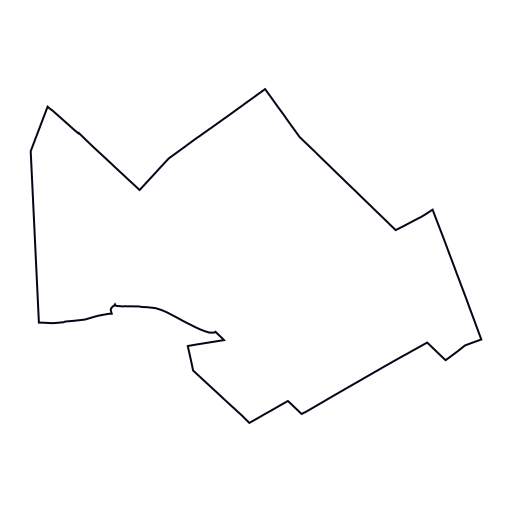 Comuna 10, Ciudad de Buenos Aires, Argentina
{"feature_id": "61730980B55355191537575", "entity_name": "Comuna 10", "entity_type": "district", "adm_level": 2, "iso_a3": "ARG", "parent_name": "Argentina", "parent_adm1": "Ciudad de Buenos Aires", "projection": "mercator", "projection_center": [-58.505, -34.627], "detail": "fine", "context": "isolated", "style": "outline", "palette": "ink", "viewbox_px": 512, "rotation_deg": 0, "n_neighbors": 0, "source": "geoboundaries", "source_scale": "gbopen_adm2", "svg_char_len": 3805}
<svg xmlns="http://www.w3.org/2000/svg" viewBox="0 0 512 512"><path d="M47.6,106.7L30.9,150.7L30.8,151.0L30.7,151.2L38.9,322.6L39.3,322.6L39.6,322.6L41.8,322.7L43.2,322.7L43.5,322.7L44.8,322.8L46.5,322.9L47.1,322.9L48.8,323.0L50.2,323.1L51.6,323.2L52.9,323.1L55.4,323.0L57.3,322.8L58.9,322.7L61.5,322.4L63.8,322.2L65.0,321.6L74.9,320.7L84.6,319.6L85.1,319.5L92.3,317.4L94.1,316.8L99.3,315.5L108.7,313.8L109.1,313.8L111.7,313.7L110.9,310.8L110.7,309.9L111.2,308.3L112.9,306.3L113.9,306.0L114.3,305.5L115.0,304.4L115.5,305.5L116.3,305.8L117.6,306.0L118.7,306.1L118.9,306.1L119.2,306.1L121.1,306.3L121.8,306.3L122.3,306.4L123.7,306.4L125.1,306.2L125.8,306.2L126.4,306.3L127.9,306.3L136.7,306.4L138.6,306.4L142.2,307.0L147.2,307.2L151.5,307.7L155.3,308.1L161.2,309.9L162.4,310.4L166.6,312.2L166.8,312.3L172.0,315.0L172.7,315.4L174.7,316.4L177.7,318.0L180.5,319.5L180.8,319.7L181.7,320.2L186.6,322.8L191.7,325.3L191.8,325.4L194.2,326.6L195.1,327.1L196.3,327.6L200.4,329.5L204.6,331.1L209.2,332.6L213.4,332.6L214.4,332.6L215.5,331.8L219.1,335.3L220.6,336.7L223.6,339.6L224.0,340.1L196.5,344.5L187.8,346.0L188.0,347.1L189.3,352.8L191.3,361.9L193.0,370.0L193.2,370.6L197.6,374.7L206.4,382.8L214.4,390.2L215.3,391.0L224.1,399.2L233.0,407.4L234.0,408.2L237.7,411.7L241.6,415.2L245.3,418.9L249.3,422.9L257.0,418.6L264.6,414.2L272.3,409.9L280.1,405.4L287.9,401.0L291.4,404.2L293.3,406.1L300.9,413.3L301.7,414.0L303.3,413.1L304.2,412.6L304.5,412.5L305.1,412.3L313.9,407.2L323.9,401.4L329.1,398.3L334.8,395.0L336.9,393.8L337.8,393.3L339.0,392.6L339.6,392.2L344.2,389.6L344.8,389.2L351.0,385.7L356.0,382.8L357.8,381.8L364.0,378.2L370.8,374.3L373.1,373.0L374.9,371.9L376.4,371.1L379.7,369.2L381.7,368.0L387.0,365.0L394.6,360.7L403.1,355.9L405.2,354.8L410.1,352.1L413.2,350.3L415.8,348.9L427.1,342.6L428.5,343.8L434.2,349.3L440.3,355.2L444.0,358.7L445.6,360.2L451.2,356.1L458.0,351.0L464.9,345.5L472.9,342.5L481.3,339.5L477.9,330.3L474.0,319.7L469.5,307.6L465.0,295.3L460.3,283.0L459.9,281.8L459.2,280.0L456.9,274.0L453.7,265.3L450.1,255.8L445.9,244.5L442.5,235.5L439.0,226.4L438.5,225.1L435.5,217.3L432.6,209.7L431.1,210.6L430.3,211.2L429.0,212.0L425.2,214.5L420.9,217.1L418.0,218.5L410.6,222.4L403.2,226.3L402.8,226.5L402.5,226.6L402.1,226.9L401.8,227.0L395.7,230.1L390.8,225.4L386.0,220.7L379.0,213.9L377.9,212.9L369.9,205.1L361.8,197.3L354.8,190.4L353.8,189.5L345.7,181.7L337.7,173.9L336.7,173.0L329.7,166.1L321.6,158.3L313.6,150.4L312.7,149.6L306.8,143.9L305.5,142.7L299.6,137.0L293.1,128.0L292.2,126.8L285.9,118.0L285.0,116.6L281.0,111.1L280.3,110.2L280.0,109.7L279.2,108.7L278.1,107.2L271.4,97.8L265.1,89.1L256.6,95.2L255.6,96.0L250.7,99.5L250.0,100.0L248.8,100.9L248.3,101.2L243.3,104.8L242.2,105.7L241.0,106.5L240.1,107.2L238.6,108.2L237.6,109.0L237.0,109.4L236.6,109.7L235.5,110.5L234.5,111.2L232.6,112.6L231.6,113.3L229.8,114.6L227.2,116.5L226.6,117.0L226.0,117.3L224.9,118.1L224.6,118.3L213.7,126.1L210.2,128.6L209.4,129.1L208.4,129.8L207.6,130.4L206.5,131.2L205.9,131.6L204.3,132.7L203.1,133.6L201.2,134.9L201.0,135.1L200.3,135.6L198.7,136.7L197.6,137.4L194.8,139.4L193.6,140.3L191.5,141.8L190.8,142.4L190.6,142.5L189.1,143.6L188.4,144.1L187.3,144.9L186.4,145.6L185.4,146.4L184.1,147.3L182.3,148.6L179.1,150.9L175.7,153.4L172.4,155.8L168.9,158.3L164.3,163.2L159.2,168.7L154.7,173.7L154.4,174.0L154.1,174.3L153.1,175.4L149.0,179.8L146.5,182.5L143.7,185.6L142.8,186.5L142.0,187.4L139.6,190.0L133.7,184.5L130.2,181.3L127.7,179.0L126.7,178.1L125.1,176.5L121.7,173.4L120.7,172.5L115.9,168.0L114.3,166.5L110.2,162.6L109.2,161.7L102.2,155.2L93.5,147.2L86.0,140.0L84.9,138.9L78.9,133.1L78.8,133.3L78.5,133.5L76.2,131.5L74.8,130.4L74.0,129.7L73.0,128.8L67.9,124.2L64.8,121.5L61.8,118.8L58.8,116.1L55.7,113.4L52.8,110.8L50.3,109.0L49.9,108.7L49.4,108.3L47.6,106.7Z" fill="none" stroke="#020617" stroke-width="2"/></svg>